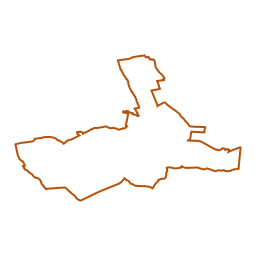 Puscasi, Vaslui, Romania
{"feature_id": "2599482B69764895612231", "entity_name": "Puscasi", "entity_type": "district", "adm_level": 2, "iso_a3": "ROU", "parent_name": "Romania", "parent_adm1": "Vaslui", "projection": "robinson", "projection_center": [27.64, 46.627], "detail": "fine", "context": "isolated", "style": "outline", "palette": "amber", "viewbox_px": 256, "rotation_deg": 0, "n_neighbors": 0, "source": "geoboundaries", "source_scale": "gbopen_adm2", "svg_char_len": 5831}
<svg xmlns="http://www.w3.org/2000/svg" viewBox="0 0 256 256"><path d="M80.9,200.5L98.6,191.9L119.3,183.5L119.7,183.1L120.8,182.5L123.4,179.7L124.5,178.2L124.7,178.4L126.1,179.9L128.3,180.8L128.8,181.2L130.2,183.1L131.1,183.9L132.4,184.1L135.1,185.7L138.8,186.0L141.0,185.9L142.6,186.2L145.1,186.2L147.8,186.5L149.5,186.8L150.8,187.4L151.6,187.9L152.6,188.4L153.7,186.6L154.8,184.6L156.1,183.0L158.0,181.4L158.3,181.0L158.4,180.7L158.5,179.8L159.0,179.8L159.5,179.6L160.0,179.3L162.2,178.8L163.6,178.7L164.4,178.5L164.8,178.3L165.7,177.6L166.3,175.3L166.2,173.1L166.7,172.2L166.9,171.8L167.0,170.8L167.2,170.2L167.2,169.7L166.7,167.9L166.9,167.7L168.5,167.3L171.0,167.6L171.4,167.5L171.6,167.7L172.2,167.9L172.7,168.0L174.1,168.3L175.4,168.3L176.8,168.3L181.0,167.6L181.3,166.9L181.4,166.5L181.5,166.3L181.8,166.2L182.1,166.4L182.6,166.9L183.3,167.2L184.4,167.6L185.6,167.8L187.2,167.9L194.5,167.6L197.8,167.5L198.6,167.9L200.6,168.6L202.2,169.1L203.3,169.3L204.2,169.3L204.8,169.2L206.5,168.5L207.0,168.4L209.3,169.1L214.5,171.0L215.0,171.1L216.1,171.1L216.6,170.8L217.6,170.5L218.9,170.3L219.5,170.3L220.1,170.5L222.5,170.7L223.3,170.2L223.8,170.1L224.2,170.4L225.1,171.0L225.7,171.1L227.6,171.2L229.4,171.0L230.5,170.8L231.2,170.4L232.9,169.7L234.3,169.4L235.8,169.2L237.4,168.8L238.4,169.0L238.5,169.0L240.6,147.5L239.9,147.4L238.7,147.8L235.9,148.9L233.8,149.6L231.6,150.5L230.3,151.0L228.4,151.9L229.0,149.9L227.9,149.1L225.3,149.9L225.0,148.7L222.8,148.6L222.6,148.2L220.5,149.8L220.2,149.9L218.9,150.1L218.1,150.0L216.2,149.6L215.4,149.4L214.5,149.0L201.7,141.9L200.6,141.4L199.1,141.1L198.0,140.9L187.9,140.5L188.0,140.2L189.0,140.2L189.9,140.2L190.5,140.1L190.3,139.9L190.0,139.4L190.1,139.2L190.1,138.7L190.4,137.6L191.1,132.7L191.4,131.7L204.3,132.4L204.4,131.8L204.3,131.5L204.3,131.1L205.2,128.1L205.3,127.4L205.3,127.2L202.8,127.0L200.6,127.0L199.2,126.8L196.2,126.9L195.2,126.7L194.0,126.7L190.2,126.4L189.9,126.3L188.8,125.1L188.2,124.2L186.9,122.6L185.0,120.7L183.8,119.0L183.1,118.2L181.1,116.6L180.8,116.2L180.2,114.8L179.7,114.2L179.0,113.4L177.2,112.1L174.9,110.2L172.8,108.9L168.2,105.5L166.8,104.3L165.0,102.4L163.9,102.5L162.8,103.1L162.2,103.3L161.9,103.5L161.5,103.8L160.1,104.5L158.8,105.1L157.5,106.1L157.3,105.0L156.6,102.9L156.0,101.6L155.3,100.1L154.4,97.7L152.7,93.7L152.2,92.2L151.5,90.5L159.9,88.9L159.6,88.2L159.2,86.7L158.4,84.2L158.0,83.1L157.1,81.0L160.9,80.5L160.5,80.3L163.2,80.2L164.1,80.1L164.2,79.7L163.7,78.9L164.0,78.8L164.3,78.5L164.3,77.8L164.2,77.8L163.4,76.8L162.9,75.8L161.4,74.2L160.7,73.7L159.8,72.8L158.0,70.8L156.5,68.6L156.3,68.0L155.8,67.3L155.5,66.5L155.5,65.6L155.2,64.1L154.9,62.3L154.8,61.4L153.5,59.5L153.2,59.4L152.8,59.6L152.2,59.7L151.9,59.7L151.5,59.3L151.2,59.2L149.9,59.4L149.6,59.0L149.5,58.6L148.3,56.9L145.8,57.3L145.7,57.1L144.7,55.5L140.0,56.0L135.6,56.7L133.6,57.1L131.4,57.7L130.7,58.2L129.8,58.6L128.8,58.9L121.9,59.8L118.0,60.4L118.6,62.8L120.6,69.5L120.7,69.8L121.1,69.8L121.3,70.3L122.2,72.0L123.3,74.4L123.9,75.0L124.2,75.6L125.0,76.5L125.2,77.1L125.8,78.1L126.6,79.2L126.9,79.4L127.3,79.5L127.3,79.9L127.5,80.6L127.9,81.0L128.4,81.7L128.5,82.1L128.2,83.2L129.1,86.4L129.4,86.9L130.0,88.6L130.5,89.2L130.9,90.3L131.7,91.8L132.2,91.8L132.7,92.8L133.0,93.5L133.1,93.8L133.3,93.9L133.6,94.4L134.0,94.9L134.1,95.2L134.4,95.6L135.0,96.5L135.3,96.8L135.2,97.5L135.3,97.7L135.8,98.7L136.2,99.0L136.5,99.5L136.4,100.2L136.4,100.7L136.7,101.5L137.0,101.9L137.3,102.7L137.7,103.3L137.8,103.6L137.7,103.8L138.0,104.8L138.5,105.5L138.8,105.8L138.9,106.4L138.9,106.7L138.8,107.2L139.0,107.8L135.9,108.4L134.8,108.6L135.8,110.3L138.7,115.8L137.8,116.1L135.6,114.9L132.4,113.9L132.7,113.3L127.8,111.7L127.8,111.0L126.4,111.1L126.3,111.8L123.3,111.3L123.2,112.4L123.9,112.4L124.3,112.5L126.0,113.0L128.2,113.8L127.4,117.9L125.8,125.6L126.7,126.0L127.1,126.3L125.0,128.2L124.6,128.3L124.0,128.4L123.7,128.3L123.1,128.6L122.9,128.8L122.7,128.8L122.4,128.5L120.0,129.3L118.5,129.7L118.0,129.6L116.7,128.7L115.9,128.4L115.2,128.3L114.4,128.2L113.4,127.9L111.3,128.2L110.6,128.2L108.7,127.7L107.6,127.2L107.1,126.8L106.8,126.7L106.0,126.5L105.4,126.5L104.3,126.6L102.9,127.1L101.5,127.4L100.8,127.3L100.3,127.4L98.0,127.9L96.6,128.0L95.1,128.0L94.1,128.0L92.8,128.9L92.0,129.0L91.7,129.2L91.2,129.4L90.9,129.7L90.3,129.9L89.0,130.7L88.1,131.1L86.4,132.0L83.0,133.6L83.0,133.3L82.8,132.9L82.4,132.4L81.5,132.3L81.2,132.1L81.0,131.9L80.0,131.8L79.7,132.0L79.4,132.0L78.9,131.7L78.4,131.9L77.0,132.3L77.0,132.8L77.2,133.5L77.8,133.9L79.4,135.4L74.7,137.9L72.5,138.9L71.6,139.4L70.5,139.9L70.2,139.9L69.4,139.6L69.2,139.6L68.5,140.0L67.5,140.9L66.9,141.1L66.7,141.4L66.5,141.5L66.1,141.4L65.8,141.6L65.6,142.0L65.0,142.7L64.5,143.1L64.3,143.3L64.1,143.5L63.4,143.7L62.8,142.8L62.3,142.3L60.2,141.0L58.9,140.6L56.8,139.6L56.1,138.7L54.0,137.7L51.5,137.3L50.3,136.9L45.7,137.1L44.0,137.2L42.4,137.7L37.4,138.4L36.2,138.6L35.2,138.9L34.7,138.9L34.7,139.3L34.5,139.7L33.8,140.7L33.2,141.2L32.9,141.3L28.7,142.0L25.3,142.4L24.5,142.5L21.2,142.9L15.5,144.2L15.4,144.4L15.4,144.6L15.8,145.7L16.1,147.4L16.5,149.6L17.3,152.7L17.4,153.4L17.5,154.3L17.7,155.1L18.8,157.2L19.4,158.7L20.0,159.5L21.0,160.4L22.2,161.0L22.8,161.4L23.8,163.2L24.4,164.5L24.7,164.9L24.9,165.4L23.0,166.0L23.9,168.0L24.5,167.9L25.0,169.5L25.6,169.9L26.7,170.3L27.4,170.5L28.4,171.8L30.3,173.3L32.0,174.2L32.6,174.8L33.0,175.7L34.0,176.8L35.5,177.7L36.9,177.9L37.7,178.2L39.0,178.9L39.8,179.5L40.1,180.0L40.2,180.4L40.5,180.9L41.0,181.5L41.2,182.8L41.9,184.3L42.2,184.6L42.8,185.0L43.0,185.5L43.3,185.8L43.8,186.2L44.0,186.8L45.3,188.2L45.9,189.1L47.3,188.9L48.2,188.6L48.7,188.6L53.4,188.4L56.3,188.0L57.0,188.1L59.3,187.8L65.3,187.6L68.4,190.5L72.3,194.0L73.9,195.1L75.1,196.2L75.7,196.8L76.1,197.8L76.4,198.3L78.1,199.6L79.3,200.1L80.5,200.5L80.9,200.5Z" fill="none" stroke="#b45309" stroke-width="2"/></svg>